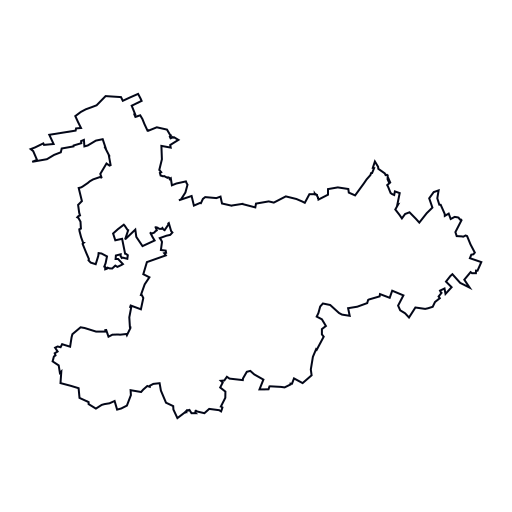 Nkangala, Mpumalanga, South Africa
{"feature_id": "47623444B64302501149239", "entity_name": "Nkangala", "entity_type": "district", "adm_level": 2, "iso_a3": "ZAF", "parent_name": "South Africa", "parent_adm1": "Mpumalanga", "projection": "mercator", "projection_center": [29.297, -25.643], "detail": "fine", "context": "isolated", "style": "outline", "palette": "ink", "viewbox_px": 512, "rotation_deg": 0, "n_neighbors": 0, "source": "geoboundaries", "source_scale": "gbopen_adm2", "svg_char_len": 6014}
<svg xmlns="http://www.w3.org/2000/svg" viewBox="0 0 512 512"><path d="M55.1,347.7L57.6,351.5L54.7,353.3L55.5,355.4L53.9,356.5L52.6,361.4L58.7,365.4L59.9,372.9L61.3,371.5L60.5,383.1L70.7,385.8L78.6,388.2L79.5,397.9L88.6,402.1L88.6,404.1L95.9,408.6L101.7,404.9L104.5,404.1L109.5,403.3L114.6,401.0L117.1,409.6L121.2,408.5L126.9,405.6L130.9,395.1L130.6,390.2L141.1,392.0L143.2,389.6L147.3,386.0L149.8,386.8L149.9,385.7L153.3,383.9L159.6,383.2L160.9,390.6L166.0,402.7L173.2,406.1L173.4,409.5L177.4,418.1L184.5,412.7L184.9,412.7L185.0,412.5L185.0,412.3L185.6,412.3L186.0,412.0L186.4,412.1L186.4,411.6L186.1,411.5L186.1,411.1L186.8,410.5L187.1,410.5L187.2,410.2L187.5,410.3L187.5,410.6L187.8,410.6L187.9,410.3L188.5,410.1L189.0,410.3L189.5,410.0L191.5,413.2L195.7,413.2L195.3,412.8L195.2,412.5L195.4,412.1L195.5,411.0L195.9,410.7L197.2,411.5L204.4,413.2L209.2,408.9L219.2,410.2L221.1,411.4L221.8,409.5L222.4,407.5L222.0,407.3L221.3,406.6L220.9,406.5L225.3,397.8L225.4,391.6L220.2,387.5L222.7,382.6L220.9,380.8L224.3,380.5L226.9,376.8L229.5,378.6L242.8,380.1L243.0,378.4L246.8,371.8L250.3,370.9L254.2,374.4L263.4,379.6L259.5,389.4L263.8,389.4L268.5,389.3L269.5,386.4L270.2,386.3L281.0,386.9L284.6,387.4L290.5,384.5L290.5,383.6L292.0,383.7L294.0,378.4L302.6,383.1L311.6,375.3L310.8,369.5L312.9,356.8L316.1,349.2L316.7,349.8L323.7,336.7L321.9,334.4L321.9,329.1L325.9,326.0L321.9,319.3L316.7,316.6L318.4,313.1L320.2,306.5L322.9,303.5L330.2,305.0L339.0,313.0L342.0,314.6L349.7,315.8L348.1,308.2L357.3,306.7L367.2,303.1L368.1,300.0L368.9,299.5L379.6,296.4L380.0,294.1L389.7,297.8L392.2,290.7L403.4,295.4L398.1,305.6L400.2,310.3L405.1,313.3L409.0,317.5L415.4,307.5L425.2,308.9L427.9,308.3L432.7,306.8L435.0,302.0L439.8,298.2L438.6,296.5L441.5,292.9L440.6,291.9L440.3,291.3L440.3,290.9L440.1,290.6L444.5,288.5L445.5,293.9L451.6,287.2L446.0,281.6L450.4,276.0L452.4,274.2L460.2,282.9L469.6,287.6L464.3,279.7L470.6,272.1L472.0,273.2L475.9,273.2L476.0,270.6L477.5,270.7L481.3,262.1L469.9,258.2L471.3,254.7L473.4,254.3L474.8,252.6L470.5,244.4L467.1,236.1L465.6,235.5L463.2,236.7L461.9,236.4L456.7,236.1L455.4,232.1L461.5,220.2L460.9,219.5L459.9,219.5L458.5,217.6L457.3,217.3L454.7,216.9L450.7,219.0L448.7,213.6L444.8,215.9L444.7,213.9L440.7,204.8L439.3,204.7L437.3,198.3L438.6,190.4L433.7,192.1L429.2,198.3L432.4,207.6L426.7,213.2L419.3,222.6L415.8,218.7L409.5,212.3L405.1,214.0L401.9,218.4L399.5,214.9L395.3,209.5L398.1,204.5L397.3,204.8L399.7,193.1L394.9,191.4L394.2,195.0L392.1,194.1L390.6,193.0L388.1,186.8L387.2,185.1L390.2,182.5L388.9,179.5L388.4,181.1L387.6,179.3L387.7,175.4L386.9,174.8L385.6,175.1L384.8,173.4L378.3,168.8L378.1,166.8L374.9,161.5L372.8,167.9L374.1,168.1L372.1,173.0L371.1,173.1L370.4,175.1L366.6,179.4L363.8,183.5L355.1,195.4L348.8,192.6L348.3,189.0L337.8,187.4L328.0,189.1L328.0,194.7L318.6,199.5L318.6,199.1L318.0,198.5L318.0,197.4L317.6,196.9L317.1,195.9L317.0,194.9L316.7,194.8L316.1,194.8L315.8,194.2L315.5,194.1L315.2,194.2L315.2,193.9L314.9,193.8L314.7,193.5L314.7,193.9L314.1,194.2L309.4,194.2L304.8,202.8L302.0,201.4L296.4,199.0L285.8,196.4L273.8,202.6L268.7,201.4L256.0,203.6L255.3,207.4L242.3,204.0L242.3,203.9L231.9,205.5L231.7,205.7L222.0,203.5L220.5,196.6L216.4,198.1L205.2,197.1L202.9,198.9L200.9,203.2L199.9,203.0L193.9,205.6L191.6,196.0L178.9,200.3L181.0,199.4L185.4,192.5L187.5,184.7L186.7,183.4L185.9,181.4L176.4,183.5L171.9,185.3L170.8,178.3L169.7,179.1L169.3,177.8L168.0,177.3L167.4,177.8L164.2,176.1L163.0,176.3L160.6,175.5L159.9,172.9L161.2,172.2L159.3,169.9L161.9,159.3L161.4,145.9L170.7,147.6L170.2,145.0L178.4,139.9L173.9,137.2L173.1,137.7L172.3,137.1L171.6,137.8L171.0,137.1L170.4,137.9L169.8,136.6L170.8,135.3L169.9,134.6L167.0,129.6L156.8,127.3L148.4,130.7L148.2,130.3L147.5,130.6L144.5,124.2L142.4,119.0L140.2,115.3L135.4,116.9L134.4,114.5L135.2,114.4L131.7,105.7L141.6,100.9L140.6,98.6L138.1,93.9L129.9,97.5L122.8,100.8L121.0,97.1L105.6,96.1L96.6,105.3L91.6,107.2L85.8,109.3L80.9,111.9L75.3,116.1L78.0,122.0L81.0,128.0L76.1,128.4L75.6,130.6L49.3,134.8L53.6,144.0L44.0,144.9L43.3,143.4L34.9,147.5L30.7,149.1L33.2,151.1L37.0,159.9L32.2,161.8L46.9,159.2L54.1,154.9L60.8,152.3L61.7,148.5L73.5,146.4L73.6,145.5L81.3,143.2L81.1,141.1L83.9,139.9L84.4,146.4L87.7,145.5L95.9,140.6L102.7,139.2L105.6,147.9L105.2,147.9L109.0,155.3L108.8,155.3L110.6,165.1L109.5,165.6L106.5,163.5L100.3,173.9L101.7,178.1L100.4,176.9L93.1,179.4L89.8,181.3L87.8,183.0L82.4,186.7L80.8,187.5L78.7,188.0L81.9,201.1L78.1,204.9L79.2,212.8L80.0,215.4L78.3,216.2L77.3,217.3L78.4,217.9L80.5,221.7L80.9,228.6L79.3,229.3L79.5,231.1L81.1,237.2L83.2,243.0L83.5,243.0L82.6,243.9L86.3,253.0L88.9,259.0L88.5,260.3L90.7,262.6L95.7,264.2L98.3,255.8L98.6,253.1L101.5,253.5L107.0,256.4L105.6,263.2L104.3,266.6L105.2,267.0L105.2,269.3L106.7,268.8L106.8,268.1L107.3,268.2L107.6,267.7L109.6,268.4L112.2,268.5L115.3,265.6L117.4,266.9L121.6,264.9L122.9,264.1L118.1,259.0L115.6,259.0L115.9,255.5L120.7,254.3L120.6,256.1L121.8,258.0L122.6,257.6L127.3,258.8L127.8,255.2L126.0,253.9L125.1,253.7L122.1,238.8L115.3,240.3L113.1,233.5L117.9,229.2L123.8,224.7L124.8,225.8L127.4,229.7L128.2,230.2L125.1,239.4L135.3,229.6L136.3,236.9L142.5,246.1L154.6,240.5L152.3,236.6L150.5,233.1L150.7,232.9L151.7,233.6L154.4,232.5L155.1,231.5L156.8,230.3L155.6,227.3L155.8,227.2L157.6,227.7L158.3,228.3L159.4,228.8L160.1,228.9L161.4,228.9L162.4,228.0L162.6,228.4L162.5,228.7L163.4,229.3L164.2,230.0L164.6,230.2L168.6,224.2L168.3,223.5L168.8,223.1L171.1,231.0L172.4,232.5L170.2,234.9L166.5,235.7L159.8,238.1L161.3,240.3L162.0,241.9L160.9,250.0L165.7,250.6L166.1,252.8L164.2,253.2L165.8,255.4L146.9,262.1L143.3,274.2L149.4,277.3L144.7,284.3L140.9,295.0L141.9,295.2L143.3,298.0L140.9,309.3L130.7,305.5L130.2,307.0L131.2,307.4L129.3,317.3L129.9,327.0L130.0,327.4L130.4,327.4L130.4,328.1L126.9,335.2L126.4,334.0L120.1,334.7L118.0,334.5L112.4,334.7L108.5,336.7L106.2,330.0L105.3,330.1L105.3,331.6L96.1,331.6L84.6,328.0L80.6,327.3L72.4,334.2L71.6,337.2L70.1,346.7L62.1,344.2L60.6,347.2L57.6,346.5L55.1,347.7Z" fill="none" stroke="#020617" stroke-width="2"/></svg>